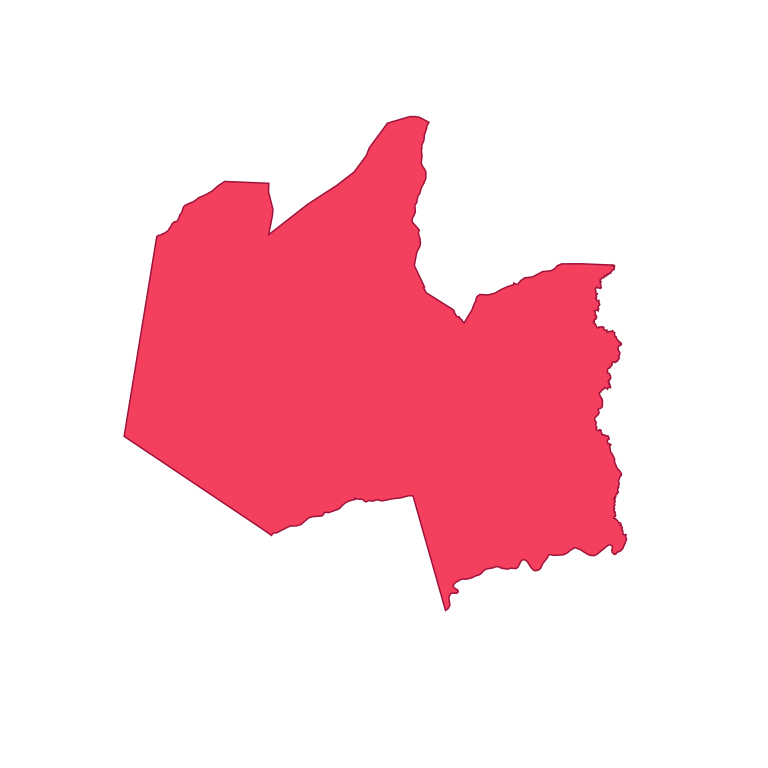 Mwandi, Western, Zambia (Albers equal-area conic projection), rotated 336°
{"feature_id": "96606910B67741623521388", "entity_name": "Mwandi", "entity_type": "district", "adm_level": 2, "iso_a3": "ZMB", "parent_name": "Zambia", "parent_adm1": "Western", "projection": "albers", "projection_center": [24.97, -17.112], "detail": "fine", "context": "isolated", "style": "filled", "palette": "rose", "viewbox_px": 768, "rotation_deg": 336, "n_neighbors": 0, "source": "geoboundaries", "source_scale": "gbopen_adm2", "svg_char_len": 6171}
<svg xmlns="http://www.w3.org/2000/svg" viewBox="0 0 768 768"><g transform="rotate(336 384 384)"><path d="M640.7,368.1L613.5,354.6L595.1,346.5L590.2,346.4L587.9,347.7L584.5,348.4L582.5,348.4L574.4,345.8L563.3,346.6L556.0,344.3L551.1,345.1L546.9,347.1L545.6,347.1L543.7,344.6L543.3,345.6L541.7,345.8L536.5,345.3L529.3,345.3L522.3,346.1L516.8,345.3L514.2,344.5L508.0,341.2L505.4,341.7L503.8,342.5L501.0,346.1L499.4,347.1L494.2,352.3L482.1,360.7L481.2,358.5L481.3,357.2L480.4,355.8L479.8,352.9L478.1,352.1L477.6,351.3L477.8,349.4L477.3,347.7L477.9,346.0L477.4,344.2L459.7,317.8L459.3,312.0L460.5,311.9L459.9,288.1L467.6,276.9L472.7,272.9L475.0,269.5L475.2,267.6L475.9,266.7L476.2,263.2L477.0,259.6L478.9,257.8L475.6,247.1L477.4,244.2L482.5,239.9L485.0,233.1L487.7,231.6L489.2,229.1L491.8,225.8L493.8,224.9L498.2,219.7L502.3,216.6L505.8,213.2L508.5,207.4L508.5,204.6L507.7,200.3L508.1,196.7L511.4,191.4L513.1,186.1L514.5,183.9L515.7,181.0L518.5,178.8L519.9,177.1L522.2,172.9L526.6,168.2L528.2,165.7L531.5,163.3L524.8,154.7L521.8,152.7L516.4,150.2L493.3,147.1L466.9,162.1L460.6,168.2L443.1,178.1L421.9,183.3L387.3,188.8L339.4,200.7L350.8,184.4L353.6,179.2L356.6,161.7L360.4,153.8L320.9,134.2L313.2,135.4L305.6,137.8L297.6,138.6L290.4,138.4L288.0,139.2L283.0,140.0L281.3,139.7L275.0,139.9L272.9,140.7L268.3,145.6L266.1,146.5L263.9,149.2L261.8,150.7L260.5,151.1L258.5,150.6L255.7,151.3L253.9,153.0L248.6,156.3L244.5,156.9L242.1,156.7L240.2,157.2L238.3,156.4L236.3,157.0L125.3,326.1L214.6,468.1L219.6,476.6L222.3,475.0L225.2,476.3L238.6,475.6L241.1,475.8L246.3,478.0L251.0,478.6L259.9,475.9L261.7,475.7L265.4,476.3L273.3,479.2L274.3,479.2L276.2,478.2L277.3,476.9L281.1,479.0L290.8,479.8L293.5,479.4L296.8,477.9L300.8,476.8L304.7,476.7L310.8,477.7L310.9,476.6L315.0,479.6L316.8,479.9L319.4,484.3L322.7,484.3L326.4,486.6L330.0,486.6L334.7,490.0L345.8,492.5L352.8,494.8L361.1,496.1L365.0,498.0L348.1,615.9L351.1,615.3L354.4,612.7L356.0,606.5L357.3,604.5L359.2,603.0L360.1,602.7L362.0,603.1L365.3,604.8L367.2,604.1L367.6,602.9L367.4,602.0L365.2,598.8L364.9,596.9L366.1,595.6L368.0,594.6L374.2,593.8L377.4,594.5L378.9,595.4L381.3,596.1L386.3,596.8L389.8,596.6L393.3,597.1L395.3,596.8L399.6,594.9L403.1,594.8L408.7,596.3L412.0,596.4L414.5,597.7L416.3,600.0L420.6,602.8L422.7,603.7L424.8,603.7L429.5,606.3L431.9,605.8L437.5,601.3L439.8,601.0L441.4,602.4L442.6,604.3L443.5,610.8L444.6,614.4L445.8,615.9L448.1,616.7L450.6,616.6L452.1,616.1L456.0,612.6L461.7,609.7L465.2,607.2L466.6,607.5L469.2,609.5L478.1,612.9L482.0,613.0L486.9,611.7L491.6,611.1L492.7,611.8L496.2,615.6L500.9,622.7L503.5,624.9L506.2,626.3L509.1,626.3L523.2,622.4L525.2,622.9L526.2,624.0L526.4,626.1L524.4,628.5L524.0,630.8L524.9,633.1L526.4,633.8L528.0,632.6L531.4,632.8L533.6,632.3L535.4,631.3L542.6,624.4L542.3,623.3L543.0,621.3L543.8,620.2L543.2,619.6L541.9,619.5L541.4,618.9L541.6,617.2L542.5,615.2L542.2,613.8L543.2,612.1L543.2,610.0L542.2,609.2L543.3,608.9L543.6,608.3L543.1,606.6L541.7,606.1L541.9,603.7L540.9,602.6L540.8,601.3L539.6,600.5L539.7,599.7L540.3,599.0L541.5,599.0L542.4,597.8L542.1,596.4L543.2,595.2L542.3,594.2L543.0,593.0L542.9,592.3L543.8,591.9L544.5,588.9L545.7,588.6L546.0,586.6L547.6,585.2L547.6,584.7L546.9,583.8L547.1,583.2L548.3,583.0L547.7,582.0L548.7,582.1L548.9,581.0L549.9,581.2L550.8,579.5L552.4,579.2L552.8,578.2L554.0,578.4L554.1,576.1L555.0,575.0L555.1,574.2L556.3,574.0L556.4,572.9L558.4,570.6L558.8,567.8L562.2,564.4L563.4,564.1L563.4,563.7L564.1,563.5L564.4,561.6L564.1,561.2L564.1,559.4L563.2,557.4L562.7,555.2L562.9,549.3L564.2,545.9L564.0,540.5L563.4,538.5L565.0,532.0L566.2,532.2L566.5,531.8L566.3,530.8L564.4,529.6L564.7,527.6L565.2,526.0L567.1,526.0L567.5,525.7L567.6,522.8L567.1,522.3L565.8,522.1L565.4,520.7L564.2,520.3L563.8,519.5L562.4,518.7L562.9,517.6L562.9,515.9L563.4,515.1L563.2,514.0L562.2,513.3L561.2,514.0L559.6,512.8L559.6,511.2L560.5,510.8L560.7,510.2L560.6,507.1L561.6,506.5L562.4,504.7L561.8,503.3L561.9,502.3L563.2,500.5L567.3,499.0L568.6,497.9L569.1,496.8L569.2,494.3L570.7,494.0L572.0,494.4L574.4,493.5L574.9,491.3L575.7,491.0L575.8,490.0L576.8,488.3L577.1,486.4L576.5,482.3L577.1,479.6L579.0,479.3L580.2,478.3L582.7,478.0L584.0,477.2L585.9,478.4L585.9,479.5L587.5,478.4L589.5,479.5L590.0,477.8L589.6,476.5L590.3,475.9L590.2,475.2L589.5,475.3L589.9,474.6L589.8,472.9L590.2,472.5L590.5,473.0L590.8,472.4L591.3,472.7L592.0,471.3L593.0,471.4L593.5,471.0L594.3,468.4L593.8,465.5L593.1,465.2L592.5,464.2L593.4,463.5L594.0,461.7L595.2,461.0L596.7,461.2L596.9,460.4L597.8,460.6L598.2,460.1L599.2,460.0L599.5,459.2L600.5,458.8L600.6,457.8L601.6,457.6L602.1,456.9L603.4,457.3L603.7,458.3L604.6,458.4L605.9,457.6L606.7,458.1L607.9,456.7L608.8,456.7L609.8,455.4L609.3,454.6L609.7,453.6L610.7,453.7L612.3,451.1L611.8,448.6L612.8,445.5L614.4,444.7L615.4,444.9L616.0,444.4L616.5,444.7L617.2,444.1L617.0,442.4L616.5,442.6L616.1,442.0L615.8,441.1L616.1,440.5L615.0,438.4L615.2,435.2L614.2,434.3L615.6,430.8L614.2,429.2L614.5,428.3L612.8,428.4L611.8,427.7L610.4,427.8L609.4,427.0L609.0,427.2L609.5,425.3L608.9,425.4L607.4,424.3L607.2,422.6L607.8,422.0L607.7,421.4L606.9,420.6L603.3,419.3L602.9,419.9L601.5,419.4L601.5,414.9L600.7,414.6L600.9,413.4L600.4,412.5L601.8,412.4L601.7,411.3L602.4,410.7L604.0,410.9L605.4,409.6L605.7,407.9L604.7,407.0L605.5,406.3L606.2,404.1L605.8,403.4L605.9,402.8L608.6,402.9L609.3,404.3L609.8,403.4L610.6,403.0L610.8,402.2L610.4,401.6L610.9,400.6L613.4,399.2L613.7,396.1L614.3,395.0L612.7,394.9L612.1,391.7L613.1,391.8L613.7,390.7L613.7,389.1L614.3,388.7L615.1,388.9L615.6,388.3L614.5,386.7L615.6,384.6L615.4,383.1L616.6,382.7L617.1,382.0L618.2,382.4L618.3,383.0L619.5,383.3L619.6,384.1L620.9,384.8L621.7,384.1L621.5,383.7L622.1,382.8L622.1,381.4L623.4,379.2L623.0,378.8L623.9,378.6L623.5,377.4L624.2,376.3L625.0,376.5L626.5,375.8L628.0,376.3L628.3,375.7L629.2,375.8L629.6,374.8L630.7,375.5L631.3,375.0L631.5,375.6L632.6,375.0L632.6,374.5L633.3,374.4L634.0,374.5L634.0,375.0L634.9,374.6L636.2,375.0L636.8,374.0L637.8,373.8L639.1,372.8L640.9,373.0L641.6,371.3L642.2,370.7L642.0,370.3L642.5,370.2L642.7,369.6L642.3,369.6L642.0,368.7L641.3,368.8L641.1,368.2L640.6,368.4L640.7,368.1Z" fill="#f43f5e" stroke="#9f1239" stroke-width="1.5"/></g></svg>